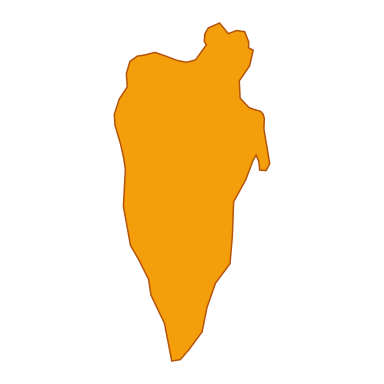 Nynäshamn, Stockholm, Sweden
{"feature_id": "70781695B48387323711272", "entity_name": "Nynäshamn", "entity_type": "district", "adm_level": 2, "iso_a3": "SWE", "parent_name": "Sweden", "parent_adm1": "Stockholm", "projection": "orthographic", "projection_center": [17.89, 58.97], "detail": "fine", "context": "isolated", "style": "filled", "palette": "amber", "viewbox_px": 384, "rotation_deg": 0, "n_neighbors": 0, "source": "geoboundaries", "source_scale": "gbopen_adm2", "svg_char_len": 848}
<svg xmlns="http://www.w3.org/2000/svg" viewBox="0 0 384 384"><path d="M219.6,23.0L208.3,27.9L204.8,33.9L204.3,41.8L206.4,44.7L201.1,52.2L195.5,59.9L186.5,62.3L176.9,60.4L165.4,56.0L154.9,52.4L144.2,55.1L137.3,56.1L129.9,61.5L126.3,73.7L127.3,86.8L119.3,99.0L114.3,114.4L115.0,125.3L120.5,143.8L123.3,156.2L125.4,169.4L123.4,206.5L130.5,245.4L138.9,260.0L148.6,279.4L151.0,295.2L164.4,323.2L168.0,341.5L171.7,361.0L180.2,359.7L188.7,350.0L202.1,331.8L207.0,307.4L215.5,283.1L230.0,263.7L232.4,235.7L233.6,201.8L245.7,179.9L253.0,160.5L256.1,155.2L258.8,161.5L259.7,170.1L266.1,170.6L269.7,163.6L263.9,129.0L264.3,118.5L263.2,114.3L260.7,111.4L253.7,109.3L248.9,107.5L240.1,98.1L239.3,80.8L249.5,66.1L253.2,50.2L248.6,47.8L248.7,41.9L244.6,31.6L237.1,30.6L236.6,30.5L228.3,33.6L219.6,23.0Z" fill="#f59e0b" stroke="#b45309" stroke-width="1.5"/></svg>